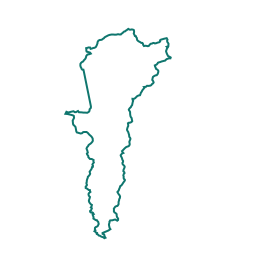 Fazenda Nova, Goiás, Brazil (Mercator projection), rotated 248°
{"feature_id": "56859067B90940942473759", "entity_name": "Fazenda Nova", "entity_type": "district", "adm_level": 2, "iso_a3": "BRA", "parent_name": "Brazil", "parent_adm1": "Goiás", "projection": "mercator", "projection_center": [-50.894, -16.179], "detail": "fine", "context": "isolated", "style": "outline", "palette": "teal", "viewbox_px": 256, "rotation_deg": 248, "n_neighbors": 0, "source": "geoboundaries", "source_scale": "gbopen_adm2", "svg_char_len": 5357}
<svg xmlns="http://www.w3.org/2000/svg" viewBox="0 0 256 256"><g transform="rotate(248 128 128)"><path d="M221.3,144.5L221.0,141.4L220.8,140.2L220.2,139.2L220.1,138.2L219.7,137.0L219.8,135.9L220.2,134.8L220.1,133.3L219.0,131.9L217.9,131.4L217.3,130.8L216.5,130.1L215.8,129.3L215.1,128.4L214.9,127.0L215.2,125.8L215.2,124.3L215.4,123.0L216.8,123.0L217.5,121.5L217.5,120.5L217.7,119.1L216.4,118.8L215.2,118.3L214.3,118.3L212.1,121.1L210.9,121.4L210.9,120.3L211.0,119.1L211.3,118.1L210.9,117.1L210.3,116.2L209.4,115.6L208.4,114.7L207.8,113.7L207.3,112.4L206.5,111.4L206.4,110.1L206.0,108.9L205.3,107.9L203.7,107.2L202.4,107.0L201.4,107.2L200.3,107.1L199.2,107.5L198.8,108.5L197.4,108.3L161.9,101.7L160.6,101.1L159.7,99.4L158.3,98.7L157.6,97.6L157.4,95.9L158.4,93.9L159.1,92.2L159.8,91.0L161.0,88.4L162.5,88.0L162.2,85.6L162.7,84.5L163.9,83.8L164.2,82.4L164.4,81.1L164.6,79.6L164.8,78.3L166.1,77.0L164.6,75.3L163.6,77.2L162.0,79.5L161.1,80.7L160.3,81.7L159.5,82.3L157.6,81.8L155.6,79.5L152.5,78.6L151.6,78.5L150.3,79.1L148.7,79.7L147.5,79.5L144.2,78.8L143.1,78.9L140.6,82.1L140.4,83.5L141.0,85.0L140.4,86.6L139.8,88.1L138.5,88.9L136.4,89.6L134.0,90.8L132.9,91.1L131.5,91.3L129.3,90.6L128.6,89.8L127.8,88.2L127.5,87.3L127.2,85.9L126.9,85.0L126.2,84.3L125.4,82.7L124.4,81.8L122.3,81.8L120.2,81.5L119.7,80.3L118.8,80.2L117.0,80.7L115.8,80.3L113.6,81.1L112.8,82.8L111.2,84.1L109.9,83.4L108.8,83.4L108.0,81.9L107.3,81.2L106.1,81.4L105.1,80.8L105.2,79.9L104.0,79.2L103.2,78.1L101.8,76.0L100.8,75.9L99.8,75.8L99.1,75.1L98.3,73.8L97.8,72.5L97.0,72.1L96.4,71.5L95.5,70.7L94.3,69.9L93.3,69.5L92.7,68.9L91.9,68.6L91.0,68.7L90.2,68.3L89.5,66.8L88.2,66.3L87.5,67.0L86.8,67.5L85.2,68.4L84.7,69.4L83.7,69.1L82.8,69.2L82.2,67.3L81.5,66.6L79.9,66.3L78.3,66.9L77.0,65.9L76.2,65.2L75.1,64.4L73.6,64.3L72.1,64.7L71.0,65.1L70.2,65.7L68.8,64.7L68.3,63.8L67.1,64.4L65.6,63.0L65.3,61.8L64.6,61.5L63.7,61.8L63.1,63.3L62.3,63.8L61.3,63.9L61.7,63.0L60.7,62.7L58.3,62.7L57.0,62.0L54.7,63.6L54.2,64.6L53.3,64.7L52.2,65.2L50.0,64.9L48.4,63.1L48.2,62.1L48.2,60.9L47.8,60.0L46.4,59.3L45.4,59.5L44.9,58.3L44.1,58.9L43.2,59.0L42.3,60.0L41.3,59.4L40.4,60.3L39.3,60.6L38.5,61.7L37.7,62.2L36.5,63.4L35.8,64.3L34.7,64.8L34.7,66.0L36.1,65.7L38.1,66.0L39.4,64.8L40.2,65.1L40.3,71.4L40.8,73.8L42.3,73.5L45.1,74.0L45.9,74.3L47.2,75.4L48.1,75.7L49.0,76.9L48.3,78.8L48.1,81.1L47.9,81.9L46.1,83.3L46.4,84.3L47.7,84.9L49.3,84.5L50.8,84.6L52.4,85.2L53.8,84.6L54.9,83.8L56.1,83.7L57.3,84.3L58.6,84.7L59.2,85.8L59.8,86.7L59.9,88.0L59.7,89.0L60.3,90.0L61.0,90.8L62.4,91.3L63.2,91.7L64.2,92.6L65.2,93.1L66.2,94.3L67.5,95.0L68.8,95.0L69.8,94.6L71.2,94.4L72.6,94.2L73.0,94.9L73.5,95.9L75.0,97.2L75.7,98.0L76.5,98.6L77.1,99.2L77.2,100.3L78.0,101.6L79.2,103.3L79.8,104.3L80.5,105.4L81.3,105.7L82.2,105.2L83.3,105.2L84.5,105.8L85.8,105.9L86.9,106.8L87.5,107.9L88.4,108.0L89.6,107.5L90.8,108.1L92.5,109.8L93.2,110.4L94.2,110.4L96.4,109.5L97.7,109.7L98.4,110.7L99.3,111.1L100.8,110.9L102.0,111.1L103.3,111.1L104.3,110.9L105.5,111.0L105.9,111.7L106.6,113.0L106.6,114.3L107.7,113.9L108.8,113.8L109.2,114.7L109.8,116.1L110.3,117.1L110.6,118.0L111.0,119.2L111.0,120.2L110.9,121.2L111.1,122.3L111.9,123.3L113.3,123.8L114.6,124.0L115.7,125.0L116.3,125.6L117.0,126.2L118.0,126.3L119.3,125.9L120.5,126.2L121.4,126.5L122.4,126.5L124.1,126.7L125.8,126.4L126.7,126.4L127.8,127.1L128.9,128.0L129.7,128.9L130.6,129.3L132.4,129.7L132.6,130.6L132.2,131.6L132.2,132.5L132.2,133.4L132.8,134.5L134.7,134.8L135.8,135.1L136.8,134.8L137.9,134.7L138.9,134.9L140.1,135.2L141.2,135.6L142.0,135.9L142.8,135.9L143.9,135.6L144.7,135.6L145.3,136.3L146.0,137.6L146.2,138.4L147.0,139.2L147.7,140.4L148.8,141.1L149.5,141.6L150.3,142.1L151.3,143.0L152.5,142.8L153.4,143.1L152.8,144.4L153.0,145.9L153.5,147.0L154.1,148.5L154.2,150.1L153.9,151.4L154.6,152.1L155.8,153.1L156.7,154.5L157.5,155.3L158.0,156.2L159.2,158.4L160.0,158.2L159.7,159.4L159.5,160.2L160.0,161.5L159.3,162.9L158.9,164.8L159.1,165.7L159.8,166.9L160.0,168.0L160.6,168.8L161.6,168.9L162.6,168.8L163.5,168.5L164.4,169.1L165.3,169.7L166.0,170.3L166.3,171.3L166.4,172.2L166.5,173.2L166.2,174.4L167.0,175.8L167.6,176.3L168.5,177.0L169.5,177.5L170.7,177.3L171.5,176.8L172.5,176.1L173.8,176.3L174.7,176.1L176.0,176.3L176.1,178.2L176.7,179.5L177.3,180.2L177.3,181.1L177.1,182.5L177.1,184.0L176.8,186.3L176.6,187.8L177.1,188.7L177.4,189.9L177.3,191.4L177.1,192.5L176.7,193.4L177.4,194.0L178.4,193.3L179.7,192.1L181.8,191.9L183.2,191.9L184.8,192.0L185.6,192.5L186.2,193.2L187.2,193.9L187.7,194.9L188.8,194.4L188.7,196.0L189.9,196.6L190.9,197.1L191.9,197.0L192.9,196.7L194.2,196.9L195.1,197.7L196.8,197.5L197.1,195.8L197.3,194.5L197.4,193.1L197.6,191.8L197.3,190.5L196.3,190.3L195.8,189.3L196.0,188.0L196.1,186.7L196.1,185.6L196.4,184.5L197.2,183.8L197.4,183.0L197.3,181.8L197.6,180.6L197.1,179.3L196.4,178.3L196.4,177.1L197.1,176.1L197.8,174.8L198.0,173.5L199.3,173.2L200.5,173.4L201.5,173.2L201.9,172.2L202.9,171.6L203.9,170.7L204.9,170.0L206.0,169.5L207.1,169.6L208.1,169.9L209.2,169.6L210.2,169.7L210.8,168.8L211.8,168.9L213.4,168.7L214.5,169.5L215.5,169.9L216.6,170.1L217.4,169.4L218.0,168.4L218.2,167.2L218.7,166.2L219.8,165.4L219.5,164.4L219.2,163.4L219.1,162.5L218.7,161.6L218.9,160.7L218.5,159.4L218.0,158.3L217.9,157.3L217.4,156.4L217.9,155.1L218.7,153.9L218.9,152.3L219.5,150.6L220.0,149.7L220.8,147.9L221.2,145.9L221.3,144.5Z" fill="none" stroke="#0f766e" stroke-width="2"/></g></svg>